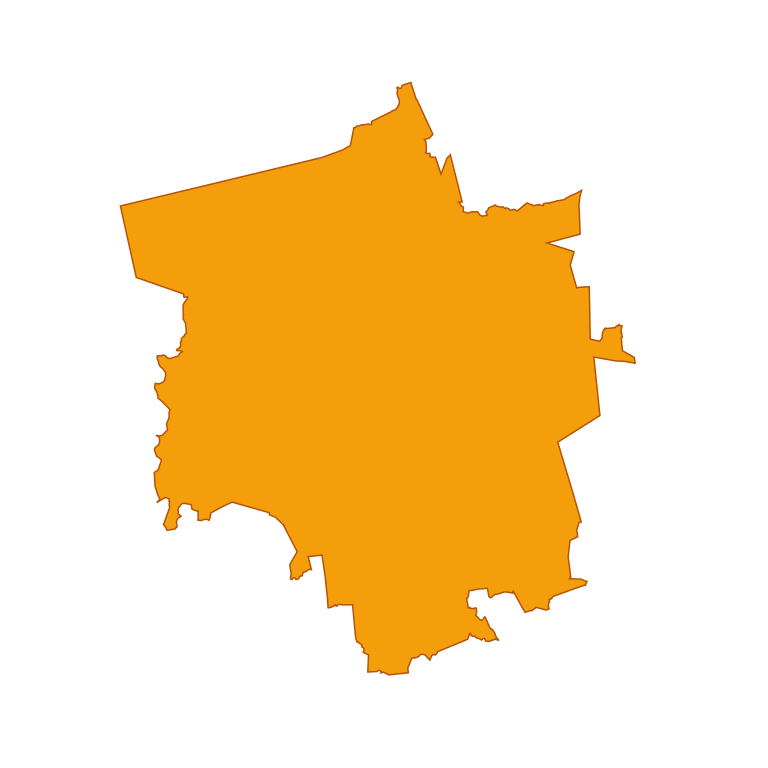 San José de Gracia, Aguascalientes, Mexico, rotated 346°
{"feature_id": "50627088B86600240710870", "entity_name": "San José de Gracia", "entity_type": "district", "adm_level": 2, "iso_a3": "MEX", "parent_name": "Mexico", "parent_adm1": "Aguascalientes", "projection": "albers", "projection_center": [-102.542, 22.143], "detail": "fine", "context": "isolated", "style": "filled", "palette": "amber", "viewbox_px": 768, "rotation_deg": 346, "n_neighbors": 0, "source": "geoboundaries", "source_scale": "gbopen_adm2", "svg_char_len": 6165}
<svg xmlns="http://www.w3.org/2000/svg" viewBox="0 0 768 768"><g transform="rotate(346 384 384)"><path d="M542.0,565.5L541.0,535.9L538.5,482.5L585.9,466.8L594.1,408.6L614.5,417.7L623.4,420.4L632.7,424.6L633.3,418.8L623.4,409.4L625.4,396.6L626.4,396.4L626.9,390.8L626.6,390.8L626.6,390.6L627.3,388.0L627.7,387.9L629.0,385.1L626.2,384.1L626.4,383.2L622.8,384.5L622.0,385.2L612.4,383.9L612.6,383.5L612.1,383.4L610.4,384.5L608.2,387.6L606.8,392.1L603.6,394.7L595.0,390.3L606.7,339.2L597.5,337.5L594.2,337.3L593.5,314.3L593.2,313.8L593.5,314.0L593.5,313.7L600.4,301.6L576.2,286.6L610.6,286.0L615.8,261.0L616.4,257.6L619.6,249.2L622.5,243.9L616.8,245.5L611.1,246.4L607.8,247.3L606.0,247.6L603.8,248.6L602.4,248.7L595.4,248.1L595.3,248.3L591.1,248.3L588.8,248.1L588.2,248.9L586.7,247.9L582.7,247.5L582.3,248.2L581.5,248.6L581.4,249.4L580.0,248.9L578.8,248.2L578.2,247.4L574.5,247.2L572.7,247.3L566.5,242.9L555.1,248.3L553.8,246.9L552.4,246.0L549.4,246.2L548.6,246.0L547.9,244.7L546.2,243.2L545.3,242.7L544.1,243.1L543.6,242.8L542.8,241.3L542.3,240.9L540.5,240.6L538.6,240.0L537.6,239.2L536.0,238.7L535.6,237.3L534.7,237.2L532.3,237.9L529.6,238.1L528.4,238.4L527.6,239.1L527.0,240.1L524.4,241.8L525.0,245.5L519.5,244.7L518.3,243.6L517.7,242.7L516.8,240.1L515.4,239.0L513.4,238.9L510.7,238.1L506.2,238.6L505.2,237.4L502.7,236.2L502.6,235.2L503.8,232.4L503.7,231.5L503.4,231.0L502.1,230.1L501.2,226.6L500.3,225.6L503.9,226.3L503.8,177.5L499.7,180.2L490.1,194.2L488.8,176.5L483.7,174.8L484.3,171.3L482.1,170.9L480.2,169.6L481.6,167.9L483.3,159.3L482.4,156.4L487.3,156.5L491.8,153.6L484.6,115.5L484.1,115.5L483.0,97.9L474.1,98.5L473.9,98.6L472.5,100.7L471.9,101.2L471.0,101.2L470.2,100.6L469.7,99.7L469.1,99.3L468.4,99.4L468.1,100.1L468.4,101.2L467.9,103.3L467.1,104.5L466.9,105.8L467.1,109.5L467.4,111.2L467.3,113.1L466.7,115.6L464.1,118.6L462.4,120.1L460.0,120.8L458.0,120.9L457.3,121.4L435.5,126.2L434.7,129.2L431.3,127.9L426.7,127.6L424.9,127.1L422.5,127.4L420.1,127.2L418.8,127.8L418.4,128.2L416.8,128.0L409.0,144.5L400.2,146.9L379.0,149.2L171.3,147.5L169.4,220.7L211.3,248.1L210.9,251.4L214.4,251.9L213.9,253.2L212.7,254.6L210.9,255.9L209.0,257.7L207.9,259.6L206.4,266.1L206.0,268.7L204.8,272.2L206.1,276.6L205.3,283.1L204.7,284.8L204.8,286.3L204.0,287.1L202.9,287.6L202.3,288.5L200.0,289.9L198.3,291.2L197.8,292.4L197.9,293.4L196.6,294.2L196.2,296.8L195.3,298.7L193.8,299.6L191.2,300.5L190.9,301.1L191.4,301.7L194.5,302.4L195.5,302.9L196.3,304.0L194.6,304.2L193.0,305.0L192.1,306.2L190.8,307.0L182.4,307.5L180.6,306.6L179.5,305.6L178.9,303.9L177.6,302.9L176.5,302.4L174.4,302.7L171.4,301.8L170.3,302.6L170.2,305.3L170.5,307.9L170.4,310.7L171.2,313.1L172.5,314.8L173.4,316.5L174.8,320.0L174.1,323.3L172.8,325.3L172.2,327.3L171.1,328.1L169.8,328.8L167.4,329.3L165.9,329.3L164.3,329.1L162.3,328.0L160.6,331.8L160.7,334.1L161.7,336.8L161.5,339.5L161.9,341.0L161.2,343.0L164.1,346.8L170.1,357.1L168.7,359.4L168.2,360.8L167.9,362.9L166.7,365.6L163.8,369.3L163.3,370.4L162.9,375.9L161.7,376.9L160.3,377.6L157.1,379.7L155.6,380.2L153.0,379.9L151.8,379.4L151.0,378.8L150.8,379.0L152.7,381.0L153.1,382.3L152.0,386.5L150.3,388.6L147.0,390.1L146.2,390.7L145.3,392.1L145.3,393.0L145.9,398.9L149.4,403.2L149.5,404.2L145.2,411.0L143.5,413.2L140.7,413.8L139.6,414.5L137.1,428.1L137.8,437.6L138.6,441.2L137.7,442.3L134.7,444.1L144.3,441.2L147.6,443.3L147.6,444.2L147.0,445.8L147.5,446.5L146.4,448.5L146.1,452.1L136.0,467.1L137.4,469.8L138.1,473.4L145.9,474.2L148.6,472.6L149.3,467.4L150.4,465.6L151.9,464.3L155.1,463.3L153.0,460.2L153.3,459.5L153.7,456.6L154.8,454.2L156.7,453.2L157.5,452.0L159.3,451.2L161.3,451.5L167.5,454.2L167.8,456.0L167.2,458.1L168.4,459.9L171.7,462.0L172.9,462.2L170.6,471.2L171.8,471.5L173.9,472.4L175.9,471.9L178.6,472.2L180.5,473.1L181.3,473.9L181.9,473.2L184.2,468.9L184.2,467.6L184.7,467.2L198.1,463.8L208.1,461.9L241.4,481.0L241.3,483.3L246.4,487.0L252.9,497.4L252.5,497.5L259.2,525.7L249.0,536.3L248.6,538.4L248.1,545.4L247.3,547.5L246.5,549.1L246.1,550.6L247.6,551.5L248.5,550.4L249.3,550.2L250.5,550.4L251.3,552.4L253.9,552.4L255.1,551.1L256.1,550.5L257.3,550.0L258.2,550.4L259.5,547.9L260.8,547.1L263.0,547.2L264.9,546.1L267.0,545.9L268.7,546.6L268.6,533.2L282.4,535.0L280.4,556.0L277.2,578.8L275.6,587.6L277.3,587.9L281.3,587.4L282.5,586.6L283.4,586.7L283.8,587.9L285.0,588.1L285.6,587.1L287.3,586.9L289.7,588.1L300.1,590.6L295.2,622.5L295.3,627.6L296.3,627.7L296.6,628.8L298.7,630.8L299.4,632.8L298.9,633.9L299.8,634.5L300.3,635.6L300.6,636.8L298.9,639.3L302.0,642.1L303.5,642.9L298.6,659.5L307.2,661.2L309.1,660.7L310.2,660.7L311.4,661.9L311.8,662.7L311.9,663.0L311.2,663.5L312.7,663.6L313.5,663.3L317.8,666.9L317.8,667.3L337.7,670.1L338.4,665.3L344.8,656.7L347.3,656.9L348.4,657.5L349.6,657.0L350.6,657.1L352.0,656.7L353.8,655.4L355.3,655.4L357.2,656.1L358.1,656.7L359.1,658.2L359.6,659.4L361.7,663.0L364.2,659.7L365.7,658.2L367.0,658.9L368.4,659.3L370.2,658.1L371.2,656.7L403.4,651.9L406.8,646.9L407.5,646.9L407.8,649.4L409.3,650.4L411.4,650.7L411.6,651.7L412.0,652.5L414.4,653.9L415.6,654.8L416.7,656.1L418.6,655.0L420.0,655.2L420.4,658.0L423.2,659.1L425.0,658.9L426.0,659.2L426.6,658.7L427.8,658.6L428.3,658.9L429.1,658.6L430.5,658.4L431.1,659.2L432.4,659.7L433.5,660.7L431.6,656.5L431.1,651.7L430.0,649.9L430.2,649.2L429.6,648.1L428.4,647.2L427.6,645.7L427.1,642.0L426.7,639.9L426.7,638.9L426.1,637.4L426.1,635.8L425.5,634.3L422.8,636.4L421.8,636.9L421.2,636.8L419.9,635.7L418.3,632.6L416.9,630.8L418.4,628.7L419.0,626.4L419.0,624.9L419.3,623.9L418.6,623.3L416.3,623.5L413.3,622.4L413.2,621.5L411.4,621.5L411.8,619.1L412.2,612.2L413.2,611.9L414.3,610.8L416.7,605.0L420.0,605.7L425.2,605.7L434.9,607.3L434.4,615.8L435.4,617.1L437.0,617.1L438.0,616.1L441.0,615.0L442.0,615.3L443.6,615.1L445.1,615.4L447.1,615.0L451.7,615.1L458.9,618.2L459.1,615.6L464.4,635.7L465.7,639.7L472.0,639.2L472.4,639.8L477.1,637.9L477.4,637.4L486.4,642.5L489.7,642.3L489.9,638.6L491.2,635.8L492.2,635.2L492.1,632.9L494.7,633.0L496.2,631.1L519.6,628.6L530.3,627.7L530.8,628.0L533.1,624.6L532.2,624.3L527.9,621.0L516.8,617.8L518.5,616.6L520.9,596.1L526.6,580.9L535.0,579.0L535.7,572.2L539.8,565.6L542.0,565.5Z" fill="#f59e0b" stroke="#b45309" stroke-width="1.5"/></g></svg>